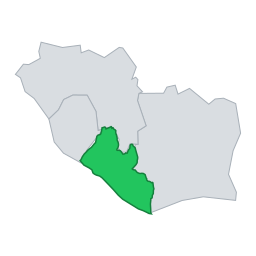 Liberia highlighted among its neighbors
{"feature_id": "LBR", "entity_name": "Liberia", "entity_type": "country or territory", "adm_level": 0, "iso_a3": "LBR", "parent_name": "Africa", "parent_adm1": "", "projection": "natural_earth1", "projection_center": [-9.107, 6.445], "detail": "fine", "context": "with_neighbors", "style": "filled", "palette": "green", "viewbox_px": 256, "rotation_deg": 0, "n_neighbors": 3, "source": "natural_earth", "source_scale": "50m", "svg_char_len": 2877}
<svg xmlns="http://www.w3.org/2000/svg" viewBox="0 0 256 256"><path d="M138.9,93.4L163.6,93.2L166.9,87.1L175.2,85.2L178.0,94.1L189.5,88.4L208.8,104.2L215.1,99.0L223.5,98.2L235.7,103.6L240.6,133.2L233.1,150.7L228.5,174.3L236.4,192.2L235.6,200.4L203.3,196.8L182.0,200.5L148.3,213.6L150.8,185.6L132.2,169.7L136.1,160.5L134.3,150.4L135.2,144.4L138.0,144.3L137.7,131.2L146.1,125.8L137.5,100.5L138.9,93.4Z" fill="#d9dde1" stroke="#a8b0b8" stroke-width="1"/><path d="M41.1,42.2L62.5,47.5L80.2,45.2L81.2,52.8L88.7,50.0L104.3,57.6L119.2,47.4L122.8,48.0L136.3,67.0L131.9,79.2L135.7,77.2L137.9,79.6L137.0,85.8L142.5,91.8L138.9,93.4L137.5,100.5L146.1,125.8L137.7,131.2L138.0,144.3L130.1,143.8L126.4,152.2L121.4,152.1L117.9,147.7L119.1,139.3L111.6,126.5L98.1,130.5L96.0,111.4L87.2,95.2L72.8,95.1L63.7,99.5L58.5,109.8L48.9,119.0L34.2,98.5L25.1,91.6L20.5,77.8L15.4,74.4L23.4,64.2L28.8,64.6L40.3,58.3L38.8,51.4L41.1,42.2Z" fill="#d9dde1" stroke="#a8b0b8" stroke-width="1"/><path d="M48.9,119.0L58.5,109.8L63.7,99.5L72.8,95.1L87.2,95.2L96.0,111.4L98.1,130.5L103.0,129.3L86.6,150.4L81.3,163.1L63.5,153.2L54.2,142.0L48.9,119.0Z" fill="#d9dde1" stroke="#a8b0b8" stroke-width="1"/><path d="M80.1,160.6L81.0,159.7L82.4,156.7L84.4,153.8L86.2,152.1L87.7,150.3L89.2,149.0L91.4,147.4L94.7,143.3L95.5,142.8L96.1,140.0L96.9,136.3L97.9,135.2L100.2,134.5L100.7,133.9L101.5,131.3L102.0,128.3L102.1,127.7L103.0,127.6L104.5,127.0L105.4,127.3L105.8,128.1L106.0,128.9L110.7,127.0L111.1,126.6L111.3,126.7L111.9,128.3L112.2,128.2L112.5,127.8L112.8,127.7L113.2,127.9L113.6,128.7L114.2,129.4L115.2,129.9L115.8,130.6L115.7,132.4L116.0,134.1L116.4,134.5L116.6,135.6L116.8,136.7L117.0,137.3L117.2,138.5L117.1,139.7L117.3,140.6L118.0,142.1L118.5,144.0L118.5,145.3L118.2,146.7L117.7,148.0L116.8,149.4L116.8,150.0L117.3,150.3L118.1,150.4L118.7,150.1L120.4,150.8L121.2,151.7L122.0,152.9L122.7,153.4L123.0,154.2L124.2,154.0L125.5,153.3L125.8,152.9L126.2,153.1L127.1,153.2L127.7,151.9L128.2,150.5L129.3,148.9L129.8,148.3L129.9,147.3L130.0,146.0L130.3,144.9L131.2,144.3L132.2,144.3L132.7,144.5L132.9,145.6L133.7,146.4L134.3,147.0L134.7,147.3L135.2,147.9L135.7,150.1L137.7,157.1L137.6,159.0L137.2,160.3L137.2,161.6L137.1,162.8L135.9,164.8L132.2,168.9L132.5,169.3L133.4,169.7L134.3,170.0L135.0,169.9L135.9,170.9L136.9,172.2L137.9,172.8L139.4,173.4L140.7,173.5L141.8,173.3L143.4,173.5L145.1,174.6L145.7,176.4L146.1,177.9L146.7,178.7L146.7,180.0L147.9,181.2L149.6,181.4L151.8,182.8L152.4,182.7L152.6,182.5L152.9,182.8L153.4,186.8L153.9,188.9L153.6,189.7L153.4,190.4L153.3,193.6L152.3,195.4L152.2,197.4L151.9,198.1L150.8,198.6L150.8,200.2L150.6,202.1L150.4,204.0L150.7,209.2L150.8,213.1L151.3,213.8L149.2,213.5L143.1,210.6L138.4,208.9L122.7,199.2L118.4,195.3L113.3,189.5L102.2,177.9L99.6,176.0L96.4,175.1L94.4,174.1L93.0,173.0L91.9,169.8L89.1,167.9L83.9,165.1L80.1,160.6Z" fill="#22c55e" stroke="#15803d" stroke-width="1.5"/></svg>